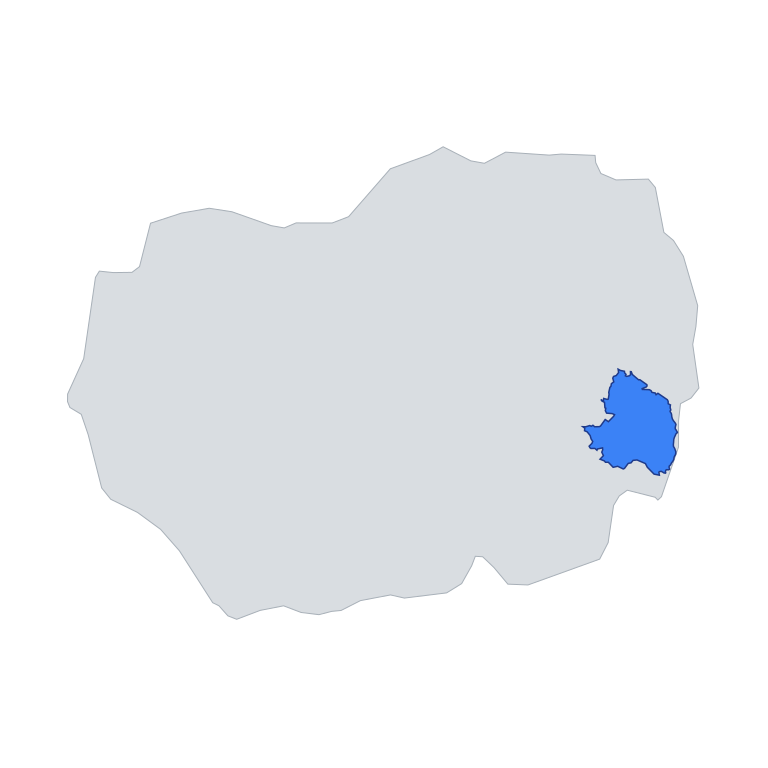 Mavrovo and Rostusha, Mavrovo and Rostusa, North Macedonia (highlighted), rotated 186°
{"feature_id": "65306769B57665907630306", "entity_name": "Mavrovo and Rostusha", "entity_type": "district", "adm_level": 2, "iso_a3": "MKD", "parent_name": "North Macedonia", "parent_adm1": "Mavrovo and Rostusa", "projection": "albers", "projection_center": [20.658, 41.644], "detail": "fine", "context": "in_parent", "style": "filled", "palette": "blue", "viewbox_px": 768, "rotation_deg": 186, "n_neighbors": 0, "source": "geoboundaries", "source_scale": "gbopen_adm2", "svg_char_len": 3305}
<svg xmlns="http://www.w3.org/2000/svg" viewBox="0 0 768 768"><g transform="rotate(186 384 384)"><path d="M341.9,173.3L355.5,174.9L384.8,166.1L403.0,154.3L412.3,152.4L424.6,147.8L442.5,148.1L460.7,152.9L483.5,145.9L505.9,134.6L515.0,137.1L525.0,146.2L531.5,148.6L570.0,196.7L591.0,216.1L615.7,230.5L643.7,240.8L653.9,251.1L672.9,302.7L681.9,322.2L693.9,327.8L696.9,333.4L697.6,340.9L685.3,377.8L682.1,459.9L678.9,466.5L664.9,466.5L646.3,468.7L639.4,475.2L633.0,519.5L603.3,532.8L576.2,540.5L553.2,539.4L512.7,529.7L499.5,528.8L488.3,535.0L452.4,538.7L436.7,546.7L400.2,598.7L362.7,617.0L350.0,626.1L321.0,615.0L307.2,614.0L287.3,627.3L243.6,628.9L231.8,631.2L198.0,633.4L196.6,626.3L190.3,616.0L174.6,611.2L142.5,615.4L134.7,607.8L121.5,564.0L111.1,557.0L99.6,542.3L80.2,494.7L79.8,473.8L81.1,455.6L70.4,412.9L77.1,402.2L87.1,395.4L87.2,378.2L84.5,352.1L96.3,300.9L99.5,297.2L102.5,299.7L131.0,303.8L138.3,297.3L143.0,287.2L144.5,249.7L151.2,232.4L219.8,199.2L239.9,197.9L255.5,213.0L267.8,222.5L275.2,222.2L277.8,212.4L285.9,193.6L299.9,182.8L341.5,173.2L341.9,173.3Z" fill="#d9dde1" stroke="#a8b0b8" stroke-width="1"/><path d="M139.4,422.1L140.2,422.1L139.8,419.1L140.7,417.9L143.4,416.9L144.8,417.4L144.3,418.9L145.9,420.3L146.2,421.8L150.3,422.2L152.7,423.2L151.9,419.9L153.9,416.7L156.5,415.5L157.1,413.7L155.7,410.1L157.9,408.1L158.1,405.3L159.0,404.3L159.6,399.1L159.1,397.3L159.4,392.4L160.5,392.0L164.0,392.6L164.1,389.8L166.7,391.3L165.4,389.8L162.8,388.8L161.8,383.4L160.9,383.1L161.1,380.6L159.6,378.3L153.9,378.4L151.5,377.6L152.3,375.8L156.9,370.0L160.3,371.8L164.3,364.8L165.4,364.1L170.0,363.5L171.9,364.8L173.5,363.6L175.0,364.2L178.8,362.6L181.8,362.3L179.7,361.0L179.7,358.5L177.0,357.7L173.6,354.3L172.3,351.0L170.4,348.7L171.0,346.7L173.5,343.6L172.5,342.1L171.4,341.5L167.6,342.0L165.3,340.4L164.9,341.7L160.0,343.3L159.6,341.4L160.3,339.0L158.3,335.7L161.3,331.8L156.7,330.5L155.6,329.3L152.7,329.6L147.4,325.1L143.0,326.6L137.2,324.5L136.0,325.2L132.8,330.6L130.1,331.4L128.3,334.1L124.4,334.9L115.7,332.2L113.4,328.7L106.0,322.6L100.6,322.1L100.9,323.3L101.4,324.9L101.3,325.2L101.0,325.6L99.3,326.1L99.1,326.1L97.2,325.3L96.3,324.8L95.3,324.8L95.1,324.8L94.7,324.8L94.6,325.5L94.8,325.7L95.0,326.2L95.0,326.6L94.9,326.9L94.5,328.0L94.0,328.3L93.4,328.4L92.5,328.3L91.5,328.7L91.2,328.9L91.1,329.0L91.2,329.6L91.7,330.6L91.8,331.4L91.7,332.3L90.9,333.1L90.4,333.8L90.2,334.4L90.2,334.6L90.1,334.8L89.7,335.8L88.9,336.9L88.0,339.0L87.9,340.5L87.8,341.7L87.3,343.2L87.1,343.4L86.7,344.3L86.7,345.0L86.6,345.3L86.7,347.2L87.2,348.2L88.2,350.3L89.6,352.2L89.9,354.1L89.9,356.3L90.0,358.3L90.0,359.5L89.5,361.7L89.1,362.8L88.4,365.0L88.0,365.5L87.9,365.7L87.2,366.2L87.2,366.7L87.4,367.0L88.0,367.8L89.0,369.2L89.3,369.3L89.7,370.1L89.8,371.5L89.6,373.0L89.4,374.2L89.9,375.1L90.6,376.0L92.1,377.5L93.4,379.2L94.3,381.3L94.8,383.6L95.1,384.5L95.6,385.3L95.9,385.6L96.1,385.8L96.5,386.4L96.7,386.9L96.4,387.4L96.1,387.9L96.1,388.2L96.2,388.7L96.4,389.2L96.8,389.8L96.9,390.6L97.0,391.0L97.0,392.5L96.9,393.1L99.3,394.1L99.6,396.5L100.6,398.0L110.6,403.4L112.3,401.8L113.3,403.4L116.7,403.7L117.7,405.3L119.5,406.1L126.5,405.6L126.8,406.4L122.8,408.5L122.2,409.6L122.5,410.8L130.0,415.0L131.3,414.8L138.0,419.4L139.4,422.1Z" fill="#3b82f6" stroke="#1e3a8a" stroke-width="1.5"/></g></svg>